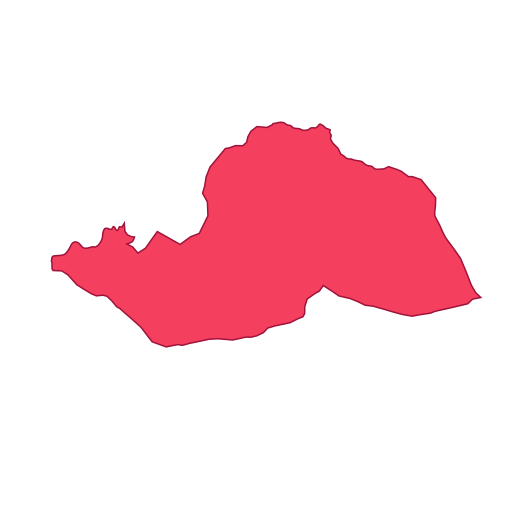 outline of Biru, Samchi, Bhutan, rotated 69°
{"feature_id": "84629894B29308983401378", "entity_name": "Biru", "entity_type": "district", "adm_level": 2, "iso_a3": "BTN", "parent_name": "Bhutan", "parent_adm1": "Samchi", "projection": "mercator", "projection_center": [88.902, 27.058], "detail": "fine", "context": "isolated", "style": "filled", "palette": "rose", "viewbox_px": 512, "rotation_deg": 69, "n_neighbors": 0, "source": "geoboundaries", "source_scale": "gbopen_adm2", "svg_char_len": 3206}
<svg xmlns="http://www.w3.org/2000/svg" viewBox="0 0 512 512"><g transform="rotate(69 256 256)"><path d="M375.3,61.0L369.1,64.0L360.6,65.4L345.4,65.5L331.7,65.9L321.1,68.5L307.4,72.3L301.0,73.1L292.9,73.5L282.7,74.7L278.8,73.3L273.5,70.5L266.0,67.4L260.4,69.2L243.9,74.5L237.9,81.6L236.5,85.2L228.8,90.2L225.7,93.4L220.1,100.2L220.5,105.4L218.5,111.7L217.9,112.8L217.3,113.8L215.5,114.8L214.1,115.5L213.3,116.5L212.0,118.6L211.2,119.9L208.9,121.7L207.2,122.5L206.2,123.0L205.1,124.1L203.2,127.4L201.9,129.6L200.3,131.5L199.3,132.8L198.9,134.2L196.9,136.8L195.1,137.6L193.9,138.3L193.0,139.0L191.4,140.2L190.0,140.4L188.8,140.5L186.3,140.7L185.1,140.8L183.9,141.3L182.9,141.7L180.1,143.0L177.8,143.9L175.2,144.3L173.5,144.5L172.0,143.6L170.8,142.7L169.4,142.5L168.1,143.0L166.6,142.7L164.8,141.5L163.6,142.8L161.8,144.9L159.9,145.9L158.4,146.6L156.5,148.1L155.8,149.0L156.0,150.3L157.0,151.5L157.6,153.6L157.8,154.8L157.1,155.9L156.7,157.0L156.2,158.2L156.2,159.4L156.5,160.7L156.9,162.0L156.7,163.2L156.2,165.2L155.3,167.3L154.5,168.1L152.7,169.9L151.7,171.9L151.0,173.4L150.2,174.7L149.1,175.8L147.6,176.2L146.3,177.4L145.7,178.4L144.6,180.1L142.5,181.5L141.5,182.3L140.4,184.1L140.0,185.1L139.5,186.8L139.2,189.3L138.5,192.6L139.4,194.0L139.9,199.7L135.5,208.8L137.8,216.2L141.9,221.0L146.5,224.0L148.3,228.9L145.6,235.6L145.5,242.0L144.7,246.1L147.7,251.4L156.5,267.1L164.4,274.3L172.3,278.8L178.3,283.4L188.1,282.0L201.3,286.5L214.6,300.9L214.6,306.0L214.6,307.1L214.6,310.2L218.0,322.7L197.8,339.4L209.1,356.4L210.9,365.2L203.6,367.8L201.9,369.2L198.6,372.2L198.6,368.2L198.3,366.6L197.9,365.6L196.1,363.7L194.7,362.6L193.6,365.1L190.2,368.4L185.9,369.5L178.2,367.2L180.7,370.4L180.4,371.8L179.8,373.0L180.7,374.1L182.1,375.4L182.2,376.9L181.0,377.5L179.7,377.5L178.6,377.6L177.4,378.6L178.1,379.8L179.2,380.9L179.1,382.4L178.3,383.2L177.0,384.7L176.4,386.0L176.2,387.3L177.0,388.5L178.7,390.1L180.4,391.1L184.2,393.0L186.6,395.3L187.7,396.7L188.7,398.2L189.5,399.7L190.0,402.1L189.8,403.5L189.2,404.5L188.6,405.8L188.6,407.1L188.3,410.2L187.5,412.7L186.9,413.8L185.3,415.1L183.7,415.5L182.4,416.0L180.9,416.7L179.7,417.4L178.9,418.3L177.9,420.0L177.9,421.2L178.0,422.3L178.7,423.8L180.2,425.4L183.0,428.7L184.7,431.3L185.7,433.5L185.9,435.3L185.7,436.5L185.3,438.4L184.3,441.8L183.4,445.0L183.6,446.2L184.6,447.3L185.7,447.8L187.4,448.8L189.0,448.9L190.5,449.4L193.2,450.4L195.0,451.0L196.8,450.7L200.3,442.7L206.1,438.4L218.6,433.6L225.9,428.2L232.3,423.2L236.0,419.3L237.7,413.1L240.1,409.6L245.6,406.9L253.5,404.2L256.4,401.8L262.9,398.5L263.9,397.9L273.5,392.9L281.1,389.0L298.9,383.7L305.3,376.3L308.7,372.4L309.3,368.6L310.7,360.7L312.9,357.0L313.3,354.2L313.8,348.9L314.9,342.4L316.9,329.6L319.7,321.0L326.1,307.8L326.9,302.4L327.2,300.4L328.0,294.8L330.0,289.8L330.8,283.9L330.2,276.6L327.5,270.9L328.0,263.8L330.5,247.9L329.6,239.4L329.6,234.1L327.2,231.2L320.7,228.6L314.5,223.6L312.1,214.2L311.5,209.5L307.7,203.8L316.1,197.6L323.1,192.8L329.4,183.4L335.2,177.2L341.0,171.8L344.8,164.7L351.4,155.8L357.5,147.9L362.7,140.8L368.2,131.7L369.3,125.3L371.9,113.5L371.8,108.8L374.6,89.6L374.8,87.9L376.5,75.5L373.9,69.3L375.3,61.0Z" fill="#f43f5e" stroke="#9f1239" stroke-width="1.5"/></g></svg>